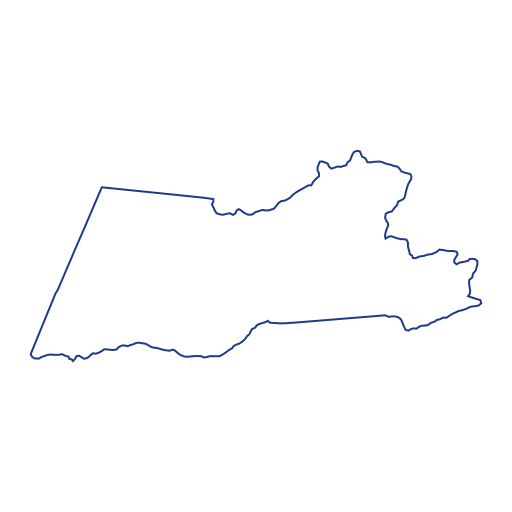 Cristópolis, Bahia, Brazil
{"feature_id": "56859067B44144789657411", "entity_name": "Cristópolis", "entity_type": "district", "adm_level": 2, "iso_a3": "BRA", "parent_name": "Brazil", "parent_adm1": "Bahia", "projection": "orthographic", "projection_center": [-44.194, -12.179], "detail": "fine", "context": "isolated", "style": "outline", "palette": "blue", "viewbox_px": 512, "rotation_deg": 0, "n_neighbors": 0, "source": "geoboundaries", "source_scale": "gbopen_adm2", "svg_char_len": 3749}
<svg xmlns="http://www.w3.org/2000/svg" viewBox="0 0 512 512"><path d="M84.3,228.2L82.6,232.1L74.5,250.7L70.7,259.7L68.0,265.8L66.1,270.4L58.2,288.9L57.1,290.9L55.5,293.5L30.7,354.1L32.0,356.7L34.4,358.4L38.9,358.6L41.6,356.9L44.1,356.2L46.9,355.1L50.5,354.5L53.3,354.8L56.3,354.8L58.9,354.8L62.2,354.2L65.5,355.9L68.5,356.6L69.4,358.9L71.6,359.3L73.0,361.1L75.2,358.6L76.5,356.1L78.9,355.7L81.5,357.2L84.0,358.7L86.8,358.2L88.9,356.8L90.9,354.8L93.0,353.3L96.0,353.7L99.4,352.4L102.2,350.8L104.2,349.3L106.7,349.3L109.3,349.7L112.8,350.0L116.5,349.5L118.8,347.0L122.5,345.4L125.4,345.6L127.6,346.2L129.8,345.3L133.5,344.2L136.2,342.9L139.1,342.7L142.6,343.3L145.8,343.8L149.0,345.7L152.1,347.4L154.5,347.7L157.1,348.0L160.8,349.1L163.6,349.9L166.7,350.4L169.6,350.7L171.7,349.9L174.0,349.9L176.5,351.9L179.6,354.5L183.0,356.1L186.2,356.8L189.2,356.6L192.8,356.2L197.2,356.0L201.2,356.2L204.0,357.5L207.0,357.0L209.7,356.2L212.6,356.2L216.1,356.2L219.5,356.2L222.4,354.7L225.6,352.6L227.6,351.0L229.6,349.6L231.9,348.5L233.6,346.1L236.5,344.5L239.3,343.6L241.7,342.0L243.6,340.4L245.4,338.6L247.0,336.2L249.4,334.2L250.4,332.0L252.0,329.1L255.2,327.6L256.7,325.3L259.1,324.1L262.1,323.1L265.3,322.2L267.8,320.8L269.8,322.6L273.1,323.0L277.1,323.1L279.5,323.4L283.1,323.3L286.6,323.2L290.5,322.8L293.9,322.7L385.1,315.3L388.8,316.8L392.2,316.4L394.9,316.4L398.0,317.1L400.8,319.2L402.1,321.7L403.0,324.3L404.5,327.7L405.7,330.0L408.6,330.6L410.8,329.1L413.3,328.4L416.6,328.6L418.8,326.9L421.3,325.8L424.2,325.6L427.6,325.2L431.2,322.7L434.5,321.7L436.9,319.9L439.9,319.3L443.0,317.7L446.4,317.7L448.3,316.5L450.6,315.0L452.7,313.7L455.5,312.5L458.3,311.1L462.6,310.1L466.5,308.7L469.2,307.3L471.8,306.5L475.7,306.1L478.6,305.5L481.3,303.3L480.3,300.1L477.7,299.3L474.2,298.2L470.9,297.2L468.1,296.2L469.7,294.1L470.2,291.0L469.5,286.6L469.1,283.3L469.2,280.1L472.4,277.2L472.9,273.7L475.7,270.5L476.7,267.0L477.5,264.1L477.3,261.0L475.0,259.2L472.2,258.8L469.6,259.0L468.1,260.8L465.0,261.6L462.4,262.1L459.6,262.6L456.6,264.3L454.3,262.5L454.3,259.7L455.7,257.5L457.6,254.5L456.7,251.8L453.0,251.0L448.3,251.1L442.9,250.0L439.4,249.6L437.5,251.3L434.9,252.8L431.8,254.1L427.6,254.6L424.0,255.9L419.3,256.5L415.5,258.2L412.8,258.0L412.2,255.7L409.8,254.1L409.0,250.2L408.1,247.3L407.9,244.9L408.0,242.6L406.5,239.7L403.1,239.1L400.6,239.1L396.1,238.0L391.6,236.3L388.5,236.6L385.6,238.6L384.9,236.1L385.8,231.7L387.3,227.4L388.3,225.3L387.9,223.1L386.5,221.0L385.1,218.0L385.7,213.8L388.3,212.3L391.7,211.5L394.5,207.9L396.9,205.4L398.3,201.5L401.5,200.1L404.2,198.3L405.0,196.0L405.9,191.8L407.1,187.4L408.2,184.1L411.1,179.1L411.4,176.4L410.2,174.0L407.3,173.3L404.9,172.7L401.3,171.3L399.7,168.9L397.6,166.7L393.8,165.9L389.8,164.5L387.2,164.1L382.3,162.2L379.7,161.5L376.6,161.7L373.9,161.8L370.5,162.4L367.4,162.2L366.3,159.9L365.0,158.0L362.0,156.7L361.1,154.2L359.8,151.3L356.8,150.9L353.9,152.1L352.4,154.5L351.3,157.3L350.0,160.5L347.4,162.5L346.1,165.4L343.5,166.0L340.6,166.9L337.5,166.5L334.1,167.8L331.3,168.6L329.1,166.7L327.7,163.6L325.2,162.5L322.1,161.4L319.8,161.7L318.6,164.5L317.6,167.2L317.5,170.4L318.9,173.0L319.1,176.3L315.6,179.1L313.2,181.9L311.3,185.3L308.2,185.4L305.4,187.1L301.9,189.0L298.2,191.1L296.1,192.4L293.3,194.4L290.3,197.5L287.1,199.5L284.4,200.7L281.2,201.1L278.5,203.0L276.2,206.1L273.8,208.7L271.7,209.4L269.2,210.3L265.6,210.5L262.4,209.9L259.5,210.9L255.5,212.2L252.2,214.5L249.7,214.8L246.8,214.2L243.5,212.4L240.9,210.3L238.7,209.1L236.5,210.6L235.7,213.1L233.0,214.9L229.7,213.2L225.9,214.0L223.4,214.7L220.4,214.5L216.6,213.3L214.6,210.1L213.6,207.7L211.9,204.6L213.3,201.7L213.4,199.1L204.2,197.8L178.3,195.1L173.5,194.6L101.8,187.3L84.3,228.2Z" fill="none" stroke="#1e3a8a" stroke-width="2"/></svg>